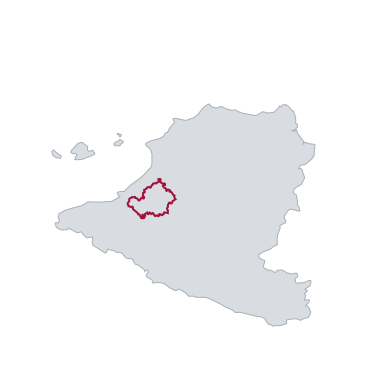 where Teruel sits in Spain, rotated 195°
{"feature_id": "ESP-5847", "entity_name": "Teruel", "entity_type": "Autonomous Community", "adm_level": 1, "iso_a3": "ESP", "parent_name": "Spain", "parent_adm1": "", "projection": "mercator", "projection_center": [-0.788, 40.603], "detail": "fine", "context": "in_parent", "style": "outline", "palette": "rose", "viewbox_px": 384, "rotation_deg": 195, "n_neighbors": 0, "source": "natural_earth", "source_scale": "10m", "svg_char_len": 8292}
<svg xmlns="http://www.w3.org/2000/svg" viewBox="0 0 384 384"><g transform="rotate(195 192 192)"><path d="M206.3,93.9L206.4,94.9L208.1,96.9L213.3,98.0L214.6,98.8L214.3,101.5L213.1,103.8L214.2,104.8L215.4,104.8L217.0,102.9L217.3,104.2L219.6,105.3L224.8,107.4L228.5,107.7L232.3,111.8L238.5,111.0L244.1,115.0L249.3,114.2L250.4,114.9L258.5,115.0L259.0,111.8L259.9,110.5L274.0,115.0L275.7,117.8L275.4,119.2L276.1,122.4L277.9,122.3L281.6,120.5L286.4,122.7L287.7,124.7L288.7,124.8L292.3,122.9L302.0,125.2L302.4,123.7L303.1,123.2L307.2,121.9L308.8,121.5L314.0,122.6L314.7,124.4L315.7,125.1L316.1,126.7L313.1,127.7L312.7,130.4L314.6,132.7L314.8,136.7L309.6,141.8L294.7,150.5L289.8,155.6L278.6,158.3L267.2,162.1L260.3,168.9L262.1,169.4L264.1,171.7L263.4,172.8L260.4,174.3L257.8,174.8L252.8,183.2L245.9,191.7L243.3,195.6L237.9,205.6L237.9,208.4L240.5,218.3L242.1,220.9L244.2,223.0L248.3,224.9L249.3,226.7L247.9,228.4L243.8,231.5L236.7,235.6L233.7,238.8L233.1,242.0L231.0,243.4L230.2,247.7L227.4,253.8L227.2,255.4L229.4,257.6L227.2,258.9L216.4,259.5L209.6,264.2L206.3,268.4L203.2,276.1L199.5,280.6L197.9,281.5L195.3,279.5L192.2,279.2L189.1,279.8L187.5,281.4L185.0,282.3L182.5,281.5L177.2,281.1L174.8,281.2L171.1,282.5L167.9,281.6L162.6,281.2L151.0,282.2L149.5,282.7L144.4,287.9L138.7,288.0L133.7,290.1L130.3,295.1L129.6,297.8L128.6,297.2L127.8,297.4L127.4,299.4L123.9,300.7L120.0,299.1L116.7,296.6L115.0,296.4L112.2,292.5L111.0,290.0L110.1,287.4L110.0,285.5L107.6,284.4L107.0,281.9L108.8,278.7L111.2,277.0L108.9,277.1L107.3,279.2L105.2,275.9L96.8,269.4L97.2,267.1L95.8,268.8L94.9,269.3L90.6,269.0L85.6,269.8L83.5,258.8L84.8,254.9L90.3,247.3L93.8,246.3L95.2,242.4L92.0,242.6L86.9,235.0L88.3,227.9L93.3,222.6L94.2,220.4L94.4,218.5L93.4,217.1L90.6,216.3L87.7,210.6L87.1,207.1L84.7,205.1L82.8,201.6L84.5,201.1L91.8,201.1L93.5,200.2L94.8,197.8L96.2,193.9L96.6,191.5L93.7,188.1L93.6,187.4L94.0,186.3L98.4,182.5L97.5,179.6L98.2,173.7L97.8,170.2L97.4,167.3L95.9,163.6L96.8,162.1L99.1,160.8L101.0,157.7L103.7,155.2L107.2,153.1L111.3,148.6L110.6,146.6L109.2,145.4L104.2,144.6L103.8,143.7L103.8,138.7L102.5,136.8L100.7,137.0L97.9,136.1L97.2,136.7L93.7,136.5L91.2,135.7L90.1,136.4L89.8,138.1L85.6,139.9L83.3,139.8L79.4,138.3L75.0,138.8L74.5,138.5L70.8,140.5L69.5,140.5L68.0,138.1L70.0,134.6L68.2,131.2L67.1,131.1L60.1,133.6L56.1,136.8L54.5,137.2L53.9,136.6L53.7,132.1L57.9,127.1L55.2,126.8L55.4,125.4L57.1,123.1L55.3,121.4L55.3,116.5L51.5,118.1L50.6,117.8L50.5,115.8L52.8,111.8L50.4,111.4L48.5,109.9L46.2,106.6L46.2,104.9L47.4,100.8L50.8,98.9L54.0,96.1L58.5,96.6L65.1,94.2L67.4,92.9L67.4,91.2L66.6,90.0L67.3,88.8L72.7,85.4L76.0,85.0L79.3,83.3L81.5,84.4L83.5,84.0L85.7,85.3L88.7,88.3L93.0,89.5L96.5,88.6L114.1,88.3L119.1,86.8L123.0,88.7L130.6,89.6L135.1,91.1L147.6,93.6L152.1,93.7L161.2,91.2L163.7,91.8L167.4,90.6L169.1,90.8L171.4,92.6L179.4,95.0L181.5,92.9L183.1,92.5L188.8,93.7L194.6,96.2L197.7,96.4L202.1,95.7L206.3,93.9ZM312.6,198.0L314.7,199.0L316.9,198.1L318.0,198.4L319.2,198.8L319.4,200.6L314.8,209.3L311.1,211.7L307.3,209.8L305.2,209.3L304.5,208.6L304.0,205.8L303.0,205.0L301.6,204.6L298.7,206.7L297.8,205.3L296.5,205.0L295.9,204.1L296.0,203.0L304.9,196.2L307.4,194.7L312.9,193.0L313.7,193.2L313.0,194.3L313.8,195.2L312.6,198.0ZM337.8,194.5L336.9,196.9L330.3,193.7L328.2,193.3L327.6,192.8L327.9,190.4L332.3,190.0L335.9,191.2L337.8,194.5ZM276.0,222.3L275.3,224.0L272.0,223.4L271.3,222.7L272.0,220.8L272.9,220.5L273.0,219.2L274.0,217.8L278.6,216.7L279.7,217.6L279.9,218.9L277.1,221.9L276.0,222.3ZM279.2,229.1L278.7,229.4L275.2,229.1L275.1,228.0L275.8,226.4L277.1,228.0L279.2,228.3L279.2,229.1Z" fill="#d9dde1" stroke="#a8b0b8" stroke-width="1"/><path d="M220.3,192.9L219.9,191.8L220.4,191.7L221.4,191.2L221.6,191.0L221.7,190.9L221.8,190.7L221.7,190.3L221.4,190.0L220.7,189.4L220.2,189.0L218.8,188.9L218.4,188.7L218.2,188.5L218.1,188.3L218.1,188.2L217.9,187.9L217.7,187.7L217.5,187.4L217.3,187.0L217.2,186.6L216.9,186.4L216.7,186.6L216.5,186.9L216.5,187.1L216.6,187.5L216.4,187.9L216.0,188.1L215.6,188.2L214.9,188.2L213.8,187.9L213.9,187.7L214.0,187.3L214.0,187.1L214.0,186.9L214.0,186.7L213.9,186.6L213.3,186.7L213.1,186.7L212.8,186.6L212.5,186.5L212.2,186.5L211.9,186.6L211.5,186.4L209.2,184.2L208.7,183.9L208.4,183.8L208.2,183.9L208.1,184.0L207.9,184.0L207.9,183.6L208.0,183.4L208.0,183.1L207.9,182.7L207.0,181.5L206.7,181.1L206.0,180.8L206.3,180.4L206.6,180.3L207.3,179.2L207.5,179.0L207.7,178.8L208.1,178.6L208.4,178.2L208.4,177.2L208.4,176.8L208.7,175.8L208.8,175.6L209.0,175.5L209.5,175.6L210.1,175.8L210.4,176.0L210.6,176.1L210.8,176.0L211.2,175.8L211.3,175.7L211.5,175.5L211.6,175.3L211.5,174.8L211.5,174.5L211.6,174.0L211.8,173.6L211.9,173.4L211.9,172.8L211.8,172.5L211.7,172.2L211.5,171.9L211.4,171.7L211.4,171.4L211.5,171.1L211.6,170.9L211.8,170.5L211.8,170.2L211.8,169.5L211.8,169.3L211.7,169.0L211.5,168.8L210.9,168.4L210.6,168.1L210.5,167.9L210.3,167.5L210.2,167.1L210.3,166.1L210.3,165.9L210.0,165.4L211.5,165.4L212.1,165.2L212.8,165.1L213.2,165.3L213.4,165.2L213.6,165.0L213.8,164.7L213.8,164.4L213.6,163.8L213.6,163.4L213.7,163.2L214.2,163.0L214.3,162.9L214.4,162.7L214.6,162.2L215.0,161.8L215.2,161.7L215.5,161.7L215.7,161.8L216.3,162.3L217.6,162.3L217.9,162.1L218.0,161.8L217.9,161.5L217.7,161.2L217.7,160.8L217.9,160.2L218.1,160.0L218.3,159.9L218.8,159.9L219.8,160.4L220.0,160.3L220.8,159.9L221.0,159.4L221.3,159.2L221.6,159.3L223.4,160.6L223.4,160.9L223.5,161.1L224.4,161.6L224.6,161.6L225.9,160.1L227.2,161.2L227.4,161.2L227.7,161.2L227.9,160.9L228.3,159.5L228.5,159.2L228.8,159.2L229.0,159.4L230.0,160.6L231.8,158.4L231.1,157.0L231.5,156.7L231.4,155.0L231.4,154.7L231.6,154.5L231.8,154.6L232.0,154.7L233.5,157.2L233.6,157.3L233.8,157.3L234.0,157.1L234.0,156.9L234.0,156.7L233.7,155.9L232.9,154.6L232.8,154.2L232.8,153.9L233.1,153.7L234.3,153.7L234.5,153.8L234.6,154.0L234.7,154.5L234.8,154.6L235.3,154.8L235.5,154.9L235.7,155.3L236.2,156.1L237.7,156.9L238.2,156.5L239.2,157.7L244.2,160.0L244.6,160.4L245.4,162.3L245.8,162.4L246.1,161.9L246.3,161.7L246.5,161.6L247.5,161.7L248.0,161.9L248.5,162.0L249.6,161.8L249.8,162.6L250.2,162.9L250.5,163.0L250.8,163.3L251.2,164.3L251.1,165.0L250.9,165.5L250.6,165.9L250.5,166.1L250.5,166.3L250.4,166.5L250.3,167.0L250.4,167.4L250.5,167.7L250.5,168.0L250.8,168.7L250.8,168.9L250.7,169.1L250.6,169.3L250.2,169.8L250.0,170.2L249.8,170.3L248.7,171.0L248.7,171.5L248.1,171.7L247.2,171.8L246.9,171.8L246.7,171.9L246.5,172.0L246.3,172.2L246.1,172.3L245.9,172.5L245.7,172.5L245.6,172.4L245.5,172.2L245.5,171.8L245.3,171.6L245.0,171.5L243.9,171.6L243.3,171.5L242.4,170.9L242.0,170.6L241.9,170.4L241.7,170.2L241.4,170.1L241.0,170.1L240.7,170.2L240.3,170.7L240.2,170.9L240.1,171.1L240.0,171.5L240.0,171.9L240.0,172.1L240.0,172.3L239.9,172.5L238.8,173.1L238.6,173.3L238.4,173.4L238.2,173.4L237.9,173.2L237.5,173.1L237.2,173.2L237.0,173.3L236.8,173.5L236.8,173.9L236.8,174.1L236.8,174.5L237.0,174.8L237.4,174.9L237.6,175.0L237.8,175.1L238.3,175.0L238.5,174.9L238.6,175.0L238.6,175.4L238.5,175.7L238.5,175.9L238.6,176.3L238.6,176.5L238.6,177.1L238.6,177.3L238.5,177.5L238.6,177.8L238.9,178.0L239.0,178.4L239.1,178.6L239.0,178.8L238.0,179.3L237.8,179.5L237.6,179.7L237.7,179.9L237.7,180.1L237.9,180.3L238.2,180.5L238.3,180.6L238.6,181.0L238.8,181.4L238.8,181.7L238.7,181.8L237.8,182.4L237.6,182.6L237.3,183.2L237.0,183.5L236.5,183.8L236.5,184.0L236.5,184.4L236.5,184.7L236.4,184.9L236.2,185.1L235.4,185.4L235.2,185.5L234.8,185.5L234.6,185.6L234.4,185.6L234.2,185.7L233.8,185.6L233.6,185.4L233.4,185.4L233.2,185.4L233.1,185.5L233.1,186.1L233.0,186.3L233.1,186.5L233.0,186.9L232.8,187.2L232.7,187.4L232.7,187.8L232.6,188.1L232.4,188.3L232.1,188.6L231.7,188.9L231.6,189.1L231.6,189.3L231.6,189.6L231.8,189.9L231.7,190.1L230.2,190.9L229.4,191.0L229.0,191.0L228.9,191.0L228.7,191.0L228.5,191.6L228.5,191.9L228.3,192.1L228.2,192.1L227.9,192.3L227.7,192.4L227.2,192.7L227.1,192.8L227.0,193.0L226.9,193.5L226.9,193.8L226.9,194.0L227.0,194.4L227.2,194.8L227.4,194.9L227.5,195.0L227.8,195.3L227.9,195.6L226.7,196.2L226.4,196.3L226.0,196.3L225.8,196.2L225.6,196.1L225.5,195.9L225.5,195.7L225.5,195.3L225.5,195.1L225.4,194.9L225.3,194.6L225.4,194.4L225.4,194.2L225.5,194.0L225.4,193.7L225.1,193.4L224.0,192.9L223.7,192.8L223.4,192.7L223.0,192.8L222.3,192.7L221.7,192.8L221.3,193.0L221.1,193.0L220.6,193.1L220.3,192.9Z" fill="none" stroke="#9f1239" stroke-width="2"/></g></svg>